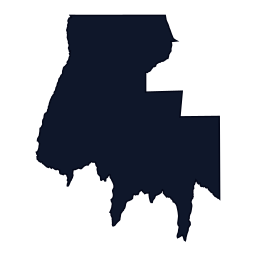 the district of Chupinguaia, Rondônia, Brazil
{"feature_id": "56859067B46529813603159", "entity_name": "Chupinguaia", "entity_type": "district", "adm_level": 2, "iso_a3": "BRA", "parent_name": "Brazil", "parent_adm1": "Rondônia", "projection": "equal_earth", "projection_center": [-60.941, -12.579], "detail": "fine", "context": "isolated", "style": "filled", "palette": "ink", "viewbox_px": 256, "rotation_deg": 0, "n_neighbors": 0, "source": "geoboundaries", "source_scale": "gbopen_adm2", "svg_char_len": 5797}
<svg xmlns="http://www.w3.org/2000/svg" viewBox="0 0 256 256"><path d="M185.3,240.6L185.7,238.9L185.8,237.6L186.8,233.7L188.0,230.4L188.1,229.1L188.2,227.7L189.1,226.5L189.3,225.7L190.0,225.1L190.2,224.3L190.0,223.0L190.0,222.2L189.3,221.5L188.7,220.3L188.6,219.5L189.2,218.0L189.0,217.0L189.6,214.5L190.4,213.0L190.9,211.1L191.7,206.0L191.5,204.3L191.0,202.9L190.9,201.7L191.2,200.3L191.7,199.4L192.0,198.4L192.5,198.3L192.8,197.1L193.1,196.3L192.6,195.2L193.0,194.2L192.7,193.0L192.8,190.8L192.7,189.7L193.6,188.6L193.4,186.0L193.6,185.0L194.3,184.4L194.8,182.8L195.0,182.0L195.6,181.1L195.9,180.0L196.4,180.7L197.2,181.7L197.5,182.9L198.1,183.2L198.5,183.8L199.9,183.2L200.3,184.7L200.7,185.9L201.3,186.4L202.0,186.2L202.9,186.4L203.6,186.7L204.2,186.3L204.8,186.2L205.9,187.6L206.6,187.8L207.3,187.5L208.1,187.9L208.5,189.1L209.2,190.1L210.0,190.8L211.0,192.0L211.7,192.4L212.5,192.8L213.2,193.2L213.3,194.3L214.7,195.7L215.1,196.3L216.4,196.8L218.0,198.1L218.9,198.2L219.6,198.9L219.2,116.5L179.9,116.9L182.2,91.2L145.6,92.2L145.6,72.4L146.6,72.2L147.4,72.4L148.1,71.6L149.6,71.1L150.5,70.3L151.0,69.3L152.0,68.2L152.4,67.4L153.1,66.7L154.2,66.6L155.5,66.0L155.7,64.8L156.5,63.6L157.7,63.0L158.5,62.4L159.5,62.1L160.4,62.0L161.1,61.2L162.1,61.2L163.6,60.9L164.3,60.2L165.7,59.5L166.4,58.5L167.8,58.4L168.4,56.3L168.6,54.5L169.3,53.5L169.8,52.3L170.6,51.6L170.9,50.6L170.8,49.2L170.9,48.2L171.6,45.3L171.5,43.9L171.2,42.8L170.9,41.5L176.7,40.9L175.7,40.4L173.2,38.7L172.4,36.9L172.1,36.1L171.4,34.5L169.8,29.9L169.0,28.1L168.8,27.2L167.9,24.5L166.8,22.1L166.0,20.2L165.2,15.4L80.5,15.5L70.2,15.4L70.8,16.4L71.5,17.1L71.1,17.6L70.4,17.7L69.1,18.2L68.8,19.0L68.3,19.9L68.0,21.0L68.6,22.4L68.2,23.9L67.7,25.1L68.1,26.3L67.6,27.1L67.3,28.5L66.9,29.6L66.9,30.8L67.4,31.4L67.5,32.5L67.4,33.4L67.7,34.6L67.4,37.6L67.7,38.6L68.0,39.7L68.3,40.4L68.6,41.5L68.5,42.9L69.4,44.9L69.2,45.9L69.1,46.8L68.7,47.4L68.6,48.2L69.1,49.1L69.0,49.9L70.3,50.9L69.6,51.5L70.3,52.3L70.0,53.1L69.5,53.7L70.0,54.7L70.2,55.7L69.4,57.1L68.8,59.9L67.2,62.2L67.8,63.6L66.9,64.3L66.1,65.3L65.0,66.5L64.2,67.0L63.6,67.9L63.2,69.7L62.9,70.5L62.7,71.6L62.7,73.6L61.8,74.9L61.2,75.3L60.6,76.6L60.4,77.5L59.8,78.0L59.1,78.9L58.5,81.9L57.9,82.7L57.5,83.7L57.1,85.7L56.8,86.6L56.2,87.5L55.6,90.4L55.0,91.4L54.5,91.9L54.2,93.0L54.5,94.0L53.1,95.1L52.6,96.2L52.0,96.8L51.7,97.7L50.6,100.1L49.5,103.4L49.2,105.4L48.5,106.7L48.5,108.6L47.8,109.7L47.6,111.1L47.2,112.1L46.6,112.9L45.5,113.3L44.7,114.3L44.4,115.3L44.0,118.4L43.0,120.0L42.8,121.1L42.7,122.0L42.9,124.4L41.2,127.7L40.2,128.3L40.1,129.2L40.1,130.9L39.9,132.5L39.4,135.8L38.7,137.1L37.9,138.4L37.6,139.6L37.5,140.8L38.4,141.0L38.9,141.9L39.6,143.5L39.5,144.7L39.2,146.0L39.1,147.4L38.7,149.2L38.0,150.9L37.3,151.9L36.4,152.2L37.0,154.3L37.7,155.1L37.9,156.3L37.1,156.6L37.2,157.8L37.3,159.2L38.1,159.6L38.5,160.5L39.2,161.2L40.0,161.5L40.4,162.0L41.7,161.7L42.2,162.6L42.9,163.5L43.9,164.0L44.6,164.8L45.5,165.5L46.5,166.5L47.4,167.0L48.7,167.4L49.1,166.7L49.9,166.5L50.4,167.1L51.3,168.2L52.1,167.4L53.5,168.0L55.0,169.2L56.1,169.6L57.4,168.9L58.2,169.6L59.2,169.8L59.7,170.5L59.8,171.6L59.8,172.4L60.1,173.4L60.6,173.8L61.9,174.1L63.3,174.6L64.0,173.9L65.7,174.0L66.7,174.4L67.1,175.9L67.6,176.9L68.1,178.2L67.7,179.1L67.4,180.2L68.1,181.2L68.0,182.6L67.5,183.9L67.3,185.8L67.9,186.0L68.7,185.0L69.7,182.6L70.3,181.0L71.0,180.2L71.4,179.1L72.2,177.7L72.9,175.1L72.5,174.0L72.7,171.7L73.1,169.8L74.0,169.5L75.1,169.5L77.1,168.7L77.6,168.3L78.5,168.0L79.5,168.2L80.4,168.6L81.4,168.5L83.5,166.4L84.3,165.8L85.4,165.2L86.6,164.8L88.1,165.0L88.7,164.1L89.1,163.1L89.9,162.9L90.9,161.6L91.6,161.5L92.4,162.0L94.9,162.1L95.5,162.4L95.8,163.5L96.2,165.3L96.7,166.1L97.2,166.6L97.6,167.3L97.2,169.2L97.5,170.8L97.9,172.2L97.8,173.1L98.3,174.1L98.7,174.7L99.4,175.2L100.3,176.2L100.6,177.3L100.8,180.0L101.5,180.2L102.1,179.5L103.1,179.3L104.0,179.5L105.0,181.0L105.6,180.8L105.7,179.8L105.6,178.4L107.4,177.1L107.9,176.0L108.6,175.3L109.1,174.5L110.2,175.1L110.2,176.9L110.5,177.7L111.5,179.0L112.0,180.3L113.0,182.2L113.8,184.2L114.0,185.0L114.1,185.9L114.1,187.2L113.9,188.2L113.2,189.3L112.7,190.5L112.8,191.6L113.5,194.2L113.5,195.7L113.4,196.6L113.0,197.8L112.3,198.8L111.2,199.7L111.6,201.6L112.1,202.3L112.4,203.4L112.4,204.7L112.2,205.4L111.9,207.7L111.4,209.1L110.5,211.4L110.0,212.2L110.9,212.7L111.2,214.1L111.2,215.3L112.5,218.0L112.3,219.2L112.5,220.0L112.5,221.0L112.7,223.3L112.5,224.4L112.8,225.7L113.6,225.8L114.9,225.0L115.7,223.8L117.3,222.0L119.5,220.0L119.8,219.1L119.8,218.2L120.1,216.8L120.4,214.6L120.8,213.2L121.6,212.3L121.9,211.6L122.8,210.6L123.3,210.2L123.7,209.0L124.4,208.3L124.9,206.9L125.2,205.5L125.3,204.6L125.8,202.8L126.3,202.0L127.4,200.9L129.2,200.4L129.8,199.9L130.6,199.8L131.6,199.1L132.4,198.4L132.6,196.4L133.0,195.1L133.7,194.2L134.6,194.3L135.3,194.8L136.8,194.3L137.8,194.5L138.4,193.7L138.6,192.4L139.7,191.2L141.1,190.3L142.0,190.2L142.8,191.6L143.4,192.0L144.0,192.6L144.7,193.6L146.5,192.9L148.5,192.9L149.2,192.5L149.3,195.6L149.6,197.8L150.4,201.1L151.1,202.4L152.2,202.4L152.5,200.7L153.1,199.7L154.4,198.1L155.4,195.4L157.4,194.7L159.6,193.6L160.4,192.9L161.1,192.4L161.5,191.7L161.8,190.7L162.5,189.8L163.0,190.3L163.6,191.0L163.5,193.1L164.0,193.6L165.1,195.0L166.0,196.0L166.6,196.9L168.0,196.6L168.8,197.1L169.6,196.8L170.2,197.2L170.9,198.0L171.2,198.7L171.9,199.1L172.6,199.9L173.1,200.8L173.2,201.7L173.8,202.0L174.6,202.2L175.9,203.7L176.3,204.3L176.8,205.4L177.1,206.2L177.8,209.4L178.3,212.0L178.7,215.6L178.7,216.6L178.3,220.2L178.0,222.2L177.9,223.1L178.0,224.2L178.3,225.1L178.9,225.7L179.2,226.5L179.3,227.3L178.8,229.8L178.5,232.3L177.9,233.7L177.4,235.3L177.3,236.4L177.6,237.6L179.0,237.0L182.1,235.1L182.7,235.4L183.5,236.9L184.4,240.0L185.3,240.6Z" fill="#0f172a" stroke="#020617" stroke-width="1.5"/></svg>